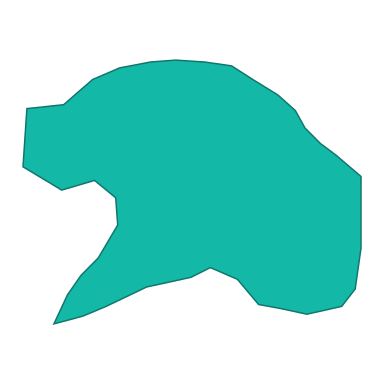 Koilanemos, Cyprus
{"feature_id": "46923920B29026112812514", "entity_name": "Koilanemos", "entity_type": "district", "adm_level": 2, "iso_a3": "CYP", "parent_name": "Cyprus", "parent_adm1": "", "projection": "mercator", "projection_center": [34.134, 35.492], "detail": "fine", "context": "isolated", "style": "filled", "palette": "teal", "viewbox_px": 384, "rotation_deg": 0, "n_neighbors": 0, "source": "geoboundaries", "source_scale": "gbopen_adm2", "svg_char_len": 568}
<svg xmlns="http://www.w3.org/2000/svg" viewBox="0 0 384 384"><path d="M53.9,323.9L82.9,316.1L106.1,306.4L146.6,287.0L191.0,277.3L210.3,267.6L237.4,279.3L258.6,304.5L279.9,308.4L306.9,314.2L341.7,306.4L355.2,289.0L361.0,248.2L361.0,221.1L361.0,176.5L335.9,155.1L320.4,143.5L305.0,128.0L295.3,110.5L277.9,95.0L252.8,79.5L231.6,65.9L204.6,62.0L175.6,60.1L150.5,62.0L119.6,67.9L92.6,79.5L63.6,104.7L26.9,108.6L23.0,166.8L61.7,190.1L94.5,180.4L115.7,197.8L117.7,225.0L98.3,257.9L81.0,275.4L67.5,294.8L53.9,323.9Z" fill="#14b8a6" stroke="#0f766e" stroke-width="1.5"/></svg>